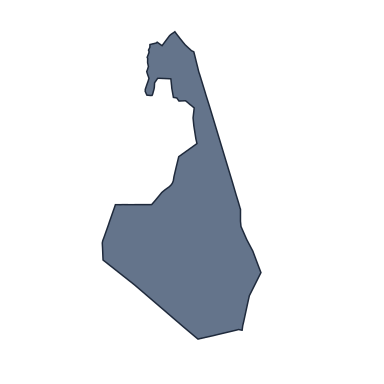 outline of Reifi Khashm Elgirba, Kassala, Sudan, rotated 221°
{"feature_id": "16777658B57943425693206", "entity_name": "Reifi Khashm Elgirba", "entity_type": "district", "adm_level": 2, "iso_a3": "SDN", "parent_name": "Sudan", "parent_adm1": "Kassala", "projection": "albers", "projection_center": [35.198, 15.581], "detail": "fine", "context": "isolated", "style": "filled", "palette": "slate", "viewbox_px": 384, "rotation_deg": 221, "n_neighbors": 0, "source": "geoboundaries", "source_scale": "gbopen_adm2", "svg_char_len": 2828}
<svg xmlns="http://www.w3.org/2000/svg" viewBox="0 0 384 384"><g transform="rotate(221 192 192)"><path d="M91.0,84.9L90.9,85.0L90.7,85.3L90.5,85.6L90.4,85.7L90.3,85.8L90.2,86.0L90.0,86.3L89.9,86.4L89.9,86.5L89.7,86.7L89.4,87.2L89.3,87.3L89.1,87.5L88.9,87.8L88.8,88.0L88.7,88.0L88.4,88.5L88.0,89.0L87.7,89.5L87.3,89.9L87.2,90.1L86.6,91.0L85.8,92.0L84.9,93.2L84.9,93.3L84.6,93.7L84.2,94.1L83.8,94.7L83.6,95.0L82.8,96.1L82.7,96.2L82.2,96.9L82.1,97.0L80.9,98.7L80.0,100.0L78.8,101.7L77.5,103.5L72.9,109.9L72.1,111.0L68.1,116.6L66.6,118.8L63.9,120.3L63.5,120.6L66.0,124.4L66.4,125.1L66.6,125.5L67.9,128.0L69.6,131.1L70.1,132.0L76.8,144.2L80.7,151.4L83.1,160.8L87.1,176.4L94.6,180.4L106.6,186.9L107.1,187.2L119.5,192.0L132.4,198.1L136.2,201.7L144.0,210.7L144.3,210.9L144.4,211.0L144.5,211.0L145.2,211.4L147.0,212.6L148.6,213.6L149.0,213.9L154.1,217.1L156.7,218.7L167.6,225.7L185.1,236.7L216.2,256.3L235.6,268.5L246.2,275.0L246.6,275.3L257.5,282.1L258.5,282.7L259.9,283.6L263.3,285.7L265.7,287.1L270.2,290.3L272.8,292.1L276.2,294.5L279.6,296.9L282.2,298.7L282.5,298.9L282.7,299.0L285.1,298.3L287.9,298.4L288.6,298.4L291.4,298.5L294.0,298.6L295.5,298.9L296.4,299.0L299.5,299.6L301.9,300.0L303.2,300.3L304.8,300.6L305.9,300.8L307.8,301.2L308.2,301.3L309.3,301.5L309.5,301.6L309.8,301.6L310.1,301.7L310.3,300.7L311.0,298.2L311.3,296.9L311.5,295.2L311.3,292.6L311.2,291.1L310.6,282.8L316.6,282.2L316.6,281.2L318.2,278.9L319.1,277.7L319.5,277.1L319.6,276.9L319.8,276.6L320.0,276.4L320.3,276.0L320.5,275.7L318.7,273.5L317.9,270.5L317.3,270.2L316.3,269.6L316.2,269.4L316.0,269.0L315.4,267.6L315.3,267.3L315.1,266.8L314.2,264.2L313.2,263.8L312.9,263.5L311.4,261.7L311.0,261.2L310.2,260.3L309.6,259.9L307.1,258.0L306.9,257.4L306.0,255.4L305.2,253.2L303.5,252.1L302.3,251.4L302.2,251.3L300.5,250.4L298.9,249.4L298.7,248.7L297.9,247.0L296.5,243.4L294.9,239.5L294.6,238.8L293.9,238.0L293.3,237.2L289.6,235.5L286.5,237.7L285.8,238.4L285.5,238.7L285.9,240.0L288.2,244.8L289.1,246.3L291.9,249.9L292.1,251.9L292.5,255.2L291.1,256.5L282.3,263.5L282.2,263.4L281.8,263.1L281.6,263.0L280.6,262.0L279.9,261.4L278.0,259.6L277.1,258.8L276.6,258.3L275.5,257.2L268.1,251.2L265.2,253.0L261.5,252.1L256.8,256.6L254.7,256.7L250.8,256.7L249.7,256.8L245.5,256.9L239.8,248.6L234.2,243.3L224.0,234.7L220.0,231.8L220.3,230.6L220.6,229.3L225.2,210.0L222.2,204.2L220.3,200.5L215.7,191.8L213.4,188.1L212.6,185.7L212.4,183.5L212.6,181.0L213.8,176.1L213.9,175.4L214.3,173.1L214.5,171.6L214.4,169.5L214.3,165.7L214.2,161.1L214.2,156.0L215.1,155.2L225.1,146.5L229.5,142.6L236.3,136.8L237.3,135.8L241.5,132.2L241.0,131.0L240.3,129.3L238.4,124.5L236.2,119.0L234.9,115.7L233.6,112.6L228.6,99.9L227.5,96.9L226.7,95.4L226.4,94.9L226.3,94.7L223.8,92.1L223.2,91.5L219.6,87.7L214.5,82.3L174.4,84.2L109.7,84.6L91.0,84.9Z" fill="#64748b" stroke="#1e293b" stroke-width="1.5"/></g></svg>